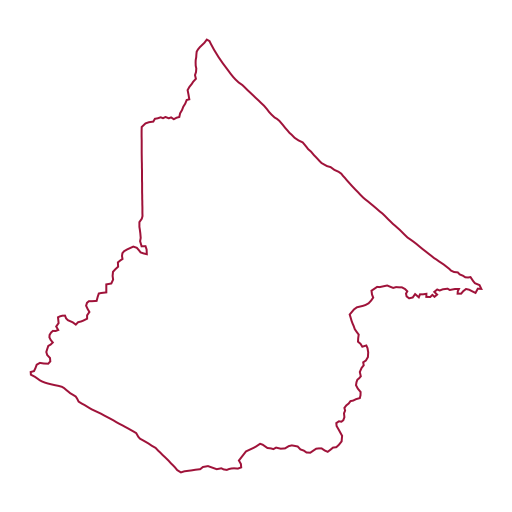 Beberibe, Ceará, Brazil
{"feature_id": "56859067B34230482126015", "entity_name": "Beberibe", "entity_type": "district", "adm_level": 2, "iso_a3": "BRA", "parent_name": "Brazil", "parent_adm1": "Ceará", "projection": "albers", "projection_center": [-38.102, -4.362], "detail": "fine", "context": "isolated", "style": "outline", "palette": "rose", "viewbox_px": 512, "rotation_deg": 0, "n_neighbors": 0, "source": "geoboundaries", "source_scale": "gbopen_adm2", "svg_char_len": 5405}
<svg xmlns="http://www.w3.org/2000/svg" viewBox="0 0 512 512"><path d="M360.5,395.3L360.6,392.0L357.8,388.6L356.0,385.2L356.5,382.1L357.4,379.7L359.2,378.2L360.8,376.3L359.8,372.0L361.6,367.9L363.7,365.3L363.2,362.3L365.9,360.5L367.9,357.1L368.2,352.4L367.5,348.1L366.3,345.5L362.3,346.7L360.5,343.8L358.0,341.7L358.2,338.1L358.7,334.6L356.6,331.8L354.8,329.2L353.6,325.8L352.6,323.6L351.5,320.6L350.6,317.5L349.7,314.5L354.0,309.4L356.9,307.3L362.8,305.9L365.5,305.0L368.6,303.3L371.2,300.5L373.2,297.6L372.0,294.5L371.5,290.7L374.9,288.4L377.1,286.9L379.7,287.1L384.8,286.0L387.2,285.5L390.6,286.9L393.2,287.9L396.1,287.1L398.8,287.3L401.8,287.3L405.0,289.0L407.3,291.3L406.0,293.6L406.6,296.4L409.1,298.3L412.7,297.5L415.1,294.1L418.8,297.3L420.0,294.3L423.2,294.3L426.4,293.8L426.3,296.9L430.2,297.0L432.4,294.9L434.5,296.8L437.1,294.6L434.3,291.9L437.2,289.5L439.7,290.5L442.8,289.3L447.6,288.7L449.8,290.0L452.3,289.5L455.0,289.0L458.9,289.0L457.8,291.2L457.6,293.7L461.1,293.7L463.2,291.2L466.0,289.0L469.1,289.7L472.6,291.5L475.5,292.9L477.8,288.7L481.3,288.9L479.5,285.1L474.9,283.2L473.1,281.0L470.5,277.1L468.1,277.5L465.3,277.3L462.9,275.7L459.7,274.4L457.8,272.4L454.0,272.0L451.0,270.6L449.2,268.8L443.7,264.5L441.0,262.7L439.0,261.4L436.4,259.5L434.1,258.1L431.4,255.9L429.3,254.3L426.0,251.7L422.5,249.0L419.1,246.2L416.5,244.0L413.5,241.7L410.7,239.7L407.5,237.5L404.5,234.6L399.6,229.7L397.1,227.5L395.2,225.8L392.9,223.9L390.3,221.3L388.1,219.2L384.7,215.7L382.3,213.4L379.7,211.4L376.3,208.4L373.0,205.6L370.9,203.9L368.3,201.7L365.3,199.4L363.2,197.6L360.1,194.5L358.2,192.4L355.2,189.4L351.8,185.8L349.2,182.9L346.7,180.1L344.9,177.9L343.0,175.9L341.3,173.7L338.6,171.8L334.4,169.9L330.6,167.1L327.0,166.1L321.6,163.1L319.5,161.0L317.5,158.8L315.8,157.0L314.0,155.2L311.0,151.6L308.1,149.1L306.6,147.1L304.9,145.0L302.7,142.4L298.5,140.4L294.6,137.8L291.6,134.7L289.5,132.9L287.6,130.6L285.1,127.8L283.0,125.1L279.4,120.9L277.0,118.9L274.6,117.5L271.4,114.5L269.0,111.9L267.0,109.2L264.0,105.7L260.8,102.7L258.7,100.6L255.3,97.5L253.6,95.8L250.1,92.5L247.6,90.2L245.9,88.5L244.2,86.8L242.3,85.0L238.7,82.5L235.4,79.4L233.2,77.0L230.4,73.5L228.8,71.3L222.8,63.3L218.6,57.2L214.0,49.7L210.7,43.6L209.5,41.1L206.8,39.6L204.4,42.8L199.9,47.1L198.0,49.4L196.7,51.6L196.4,54.3L196.2,57.3L195.7,60.0L195.6,62.4L195.7,65.7L196.3,68.6L196.0,72.1L195.0,75.1L195.9,78.8L193.2,81.7L191.8,83.9L189.4,86.9L187.6,90.1L188.5,94.6L189.3,99.3L186.7,100.0L185.2,103.7L183.3,106.7L182.0,110.1L180.1,113.3L179.3,117.0L176.6,117.7L173.8,119.2L171.1,117.4L168.8,118.3L165.5,117.0L163.0,118.2L160.7,117.3L157.7,118.3L154.9,118.8L153.3,121.6L149.0,122.2L145.5,123.4L141.7,127.0L141.6,131.1L141.6,133.5L141.6,136.4L141.7,140.7L141.7,145.4L141.7,148.6L141.7,153.1L141.8,160.7L141.9,164.0L141.9,167.4L142.0,170.5L142.0,173.8L142.0,177.2L142.0,180.3L142.1,183.3L142.1,187.3L142.1,192.2L142.2,195.6L142.2,198.8L142.3,201.4L142.3,204.0L142.4,207.2L142.4,209.9L142.4,213.0L142.5,216.1L141.8,218.7L139.4,222.1L139.4,226.9L139.8,229.4L140.3,233.2L140.7,237.9L140.1,241.2L140.9,243.9L141.6,246.3L145.5,246.2L146.6,249.5L146.8,254.2L143.5,253.4L140.6,252.4L138.9,250.2L136.8,247.8L133.3,246.6L127.2,249.4L124.1,251.2L122.4,253.2L122.0,256.0L122.5,259.0L120.5,260.3L117.9,262.4L118.1,266.7L115.4,269.2L113.0,271.8L112.6,275.9L113.1,279.6L111.3,283.5L106.3,284.4L106.3,289.4L106.3,292.4L101.2,293.0L98.8,293.5L97.7,296.8L96.6,300.9L92.0,301.2L88.9,301.2L87.0,302.8L86.1,305.7L87.6,308.9L89.4,312.0L87.1,315.3L87.1,318.7L83.3,320.6L81.0,321.5L78.1,322.2L75.8,324.6L72.7,322.3L67.9,320.2L66.1,318.4L65.0,315.6L62.4,315.7L60.1,316.3L58.0,317.3L58.3,320.2L58.6,323.1L56.2,326.5L58.2,330.0L55.6,331.0L52.9,330.9L51.1,332.5L49.6,334.9L49.4,337.3L50.6,339.8L52.8,342.5L50.6,344.6L48.3,345.9L47.1,349.4L46.3,352.0L47.2,355.0L50.0,358.0L50.3,361.4L48.2,363.7L43.8,363.5L39.9,362.9L36.7,364.7L35.4,368.2L34.0,371.1L30.7,372.0L30.9,374.7L34.9,376.8L37.9,378.9L39.8,380.3L42.1,381.5L44.9,382.6L47.5,383.4L50.7,384.2L54.6,385.1L58.6,385.9L61.9,386.8L64.1,388.1L66.4,390.1L68.3,391.6L70.2,393.2L73.1,394.9L75.7,396.5L77.1,398.6L78.6,401.6L81.8,403.6L84.5,405.0L87.1,406.6L89.7,408.2L91.8,409.4L95.0,410.9L97.8,412.2L101.0,413.7L104.4,415.6L109.6,418.3L113.5,420.4L116.4,422.2L119.5,423.9L122.7,425.5L125.0,426.8L128.0,428.4L131.0,430.1L133.5,431.5L136.2,433.1L138.3,436.8L140.0,438.7L142.4,440.0L145.4,441.7L148.5,443.5L151.7,445.7L155.6,447.9L158.3,450.8L160.1,452.4L162.5,454.9L164.9,457.1L168.6,460.7L171.0,463.4L172.9,465.2L175.0,467.4L177.2,470.1L180.9,472.4L184.4,471.3L191.5,470.4L195.7,469.7L200.2,469.2L202.9,467.0L208.0,466.1L211.1,467.2L216.7,469.2L221.3,468.3L223.6,469.4L226.8,469.9L229.1,469.0L231.4,468.5L234.1,468.3L237.9,468.6L241.2,467.4L240.9,464.0L238.9,460.5L246.0,451.4L253.5,447.9L255.9,446.6L258.0,445.2L260.1,443.8L262.7,444.7L267.4,448.0L270.9,448.4L273.4,449.1L276.1,447.6L280.7,448.7L285.0,448.4L288.8,446.1L291.8,445.4L294.2,445.8L297.7,446.5L300.4,449.4L303.8,450.6L306.5,452.5L310.3,452.7L313.2,450.7L316.2,448.7L318.9,448.4L321.6,448.4L324.7,450.5L327.7,451.8L330.5,449.7L333.0,447.6L336.3,447.2L338.8,444.9L341.6,441.4L342.1,435.8L340.7,433.3L338.9,430.0L336.6,426.0L336.3,423.1L338.9,421.3L341.4,421.7L343.3,420.2L344.4,417.2L344.0,413.3L345.1,410.6L344.4,407.9L346.3,405.4L348.7,403.5L350.5,401.1L353.1,400.6L356.2,399.1L359.8,398.1L360.5,395.3Z" fill="none" stroke="#9f1239" stroke-width="2"/></svg>